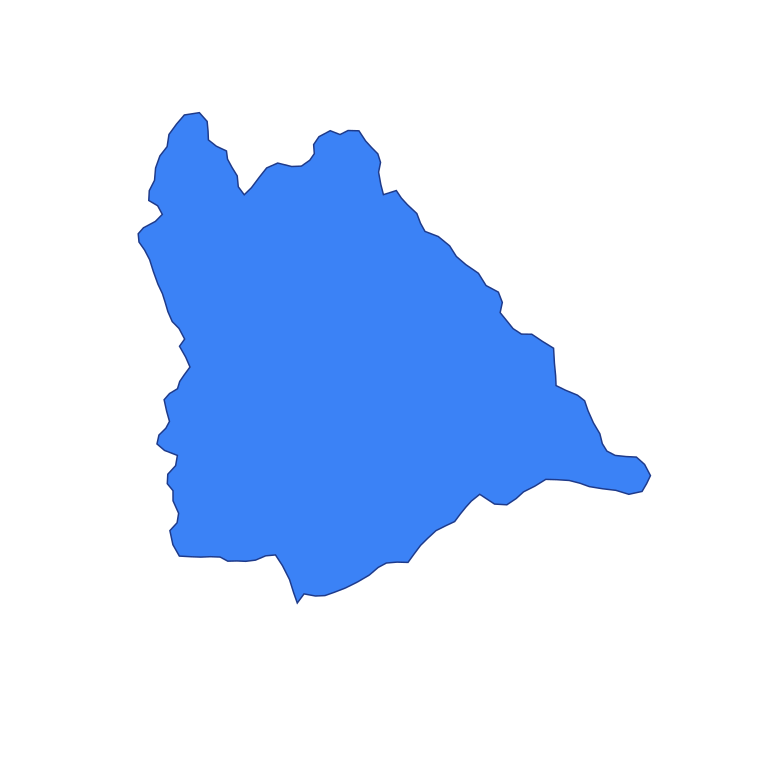 Pequi, Minas Gerais, Brazil, rotated 287°
{"feature_id": "56859067B22128930529497", "entity_name": "Pequi", "entity_type": "district", "adm_level": 2, "iso_a3": "BRA", "parent_name": "Brazil", "parent_adm1": "Minas Gerais", "projection": "robinson", "projection_center": [-44.633, -19.619], "detail": "fine", "context": "isolated", "style": "filled", "palette": "blue", "viewbox_px": 768, "rotation_deg": 287, "n_neighbors": 0, "source": "geoboundaries", "source_scale": "gbopen_adm2", "svg_char_len": 2211}
<svg xmlns="http://www.w3.org/2000/svg" viewBox="0 0 768 768"><g transform="rotate(287 384 384)"><path d="M589.5,128.1L582.9,114.4L571.9,109.6L559.8,105.4L547.6,107.2L536.6,103.0L523.8,102.4L511.7,105.0L500.3,103.0L490.7,105.4L488.3,115.4L481.4,122.4L472.6,117.8L463.1,108.3L455.8,105.0L448.1,108.2L442.1,115.9L434.4,123.5L424.2,130.5L413.4,138.6L405.6,145.7L398.2,150.8L390.0,156.2L381.8,163.2L377.2,171.7L368.7,180.2L360.3,177.4L351.7,186.5L343.5,193.5L334.4,190.3L326.7,187.9L319.1,187.9L312.2,181.7L304.7,178.3L294.4,184.1L285.5,189.8L277.9,188.3L269.4,183.7L260.3,184.4L256.3,193.5L255.3,207.3L245.0,208.6L234.5,203.6L225.3,205.9L220.3,213.4L210.6,216.4L200.3,225.4L190.8,226.7L181.2,222.1L168.6,229.1L159.6,238.6L162.5,250.4L164.9,259.4L168.1,268.5L170.6,277.9L168.9,286.4L171.8,295.1L174.0,303.6L178.0,312.6L185.1,321.1L188.8,330.2L180.6,340.0L169.4,350.8L158.0,358.6L149.2,365.1L159.9,368.9L161.2,380.4L164.4,389.4L170.3,397.4L177.7,406.8L187.2,416.8L197.0,425.8L206.9,432.1L213.5,438.6L217.5,448.6L220.4,459.1L230.0,462.4L240.3,466.1L249.2,470.9L259.0,476.6L266.6,484.6L273.1,491.8L281.8,494.9L290.0,498.2L297.5,501.7L306.5,507.8L301.5,524.8L304.4,536.8L313.1,543.9L321.7,549.0L330.4,558.1L340.1,566.6L343.0,577.1L345.9,589.3L346.4,600.2L345.9,610.3L347.7,623.5L350.1,636.8L350.1,650.4L356.7,662.2L365.6,664.3L374.3,665.6L383.3,656.7L387.9,646.7L385.4,636.8L383.3,625.9L385.0,616.8L390.8,610.2L399.5,605.0L408.1,595.6L418.1,586.9L426.6,580.8L429.9,572.3L431.1,559.6L432.8,549.0L442.1,545.7L453.7,540.9L467.8,535.7L471.1,523.0L474.8,510.8L471.9,500.8L474.7,491.2L480.1,483.3L486.2,474.2L496.6,473.3L505.3,466.5L508.0,452.8L517.5,441.9L522.1,427.3L527.1,415.9L535.3,406.4L540.9,392.8L541.9,378.6L548.4,371.9L556.6,365.6L562.4,353.8L566.9,346.2L572.6,339.2L564.9,328.1L573.9,322.6L585.0,316.9L594.9,315.9L602.3,310.8L606.5,303.0L611.0,295.4L618.8,286.0L615.9,275.5L609.7,269.0L610.5,258.5L601.5,249.5L592.4,246.7L583.9,250.0L576.3,247.6L568.2,241.3L565.0,232.1L564.2,217.7L556.3,208.6L545.6,204.4L532.9,199.8L524.1,195.0L530.0,187.0L540.1,182.8L546.8,175.2L553.3,168.6L560.8,165.2L562.4,154.1L566.1,144.7L574.4,141.8L583.4,138.1L589.5,128.1Z" fill="#3b82f6" stroke="#1e3a8a" stroke-width="1.5"/></g></svg>